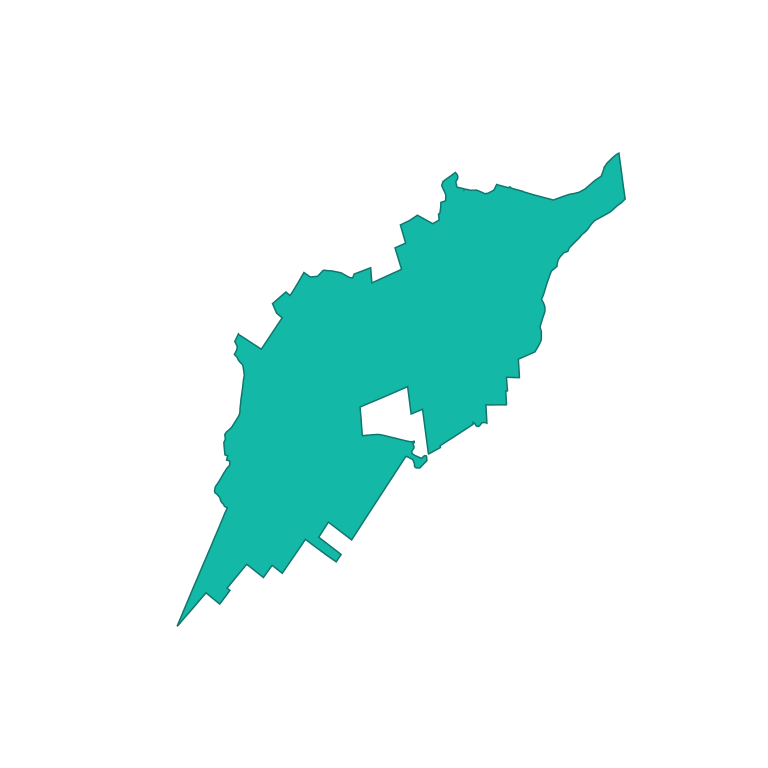 Doba, Satu Mare, Romania (Equal Earth projection), rotated 292°
{"feature_id": "2599482B56088376040975", "entity_name": "Doba", "entity_type": "district", "adm_level": 2, "iso_a3": "ROU", "parent_name": "Romania", "parent_adm1": "Satu Mare", "projection": "equal_earth", "projection_center": [22.698, 47.743], "detail": "fine", "context": "isolated", "style": "filled", "palette": "teal", "viewbox_px": 768, "rotation_deg": 292, "n_neighbors": 0, "source": "geoboundaries", "source_scale": "gbopen_adm2", "svg_char_len": 6093}
<svg xmlns="http://www.w3.org/2000/svg" viewBox="0 0 768 768"><g transform="rotate(292 384 384)"><path d="M151.4,319.8L163.0,323.5L165.4,324.3L159.4,344.7L162.0,345.3L174.0,348.2L170.4,360.6L174.6,361.5L182.0,363.1L195.9,366.2L204.1,368.0L210.5,369.3L208.1,378.2L204.0,394.0L201.2,406.3L209.9,408.1L217.5,380.9L235.1,384.2L231.3,397.9L227.3,412.4L241.8,415.2L256.5,418.0L325.1,431.4L325.2,432.9L325.2,434.7L324.9,436.7L324.8,438.5L324.6,438.9L324.3,439.4L323.2,440.4L322.5,441.2L321.5,441.9L320.9,442.3L320.3,442.6L319.1,443.2L318.8,443.5L318.3,444.9L318.3,445.3L319.4,448.4L319.5,448.6L329.0,452.5L332.8,450.6L333.2,450.1L333.2,449.8L333.1,449.3L332.6,448.3L329.0,446.5L329.1,445.3L329.2,444.4L329.3,441.2L329.3,439.9L329.7,437.5L329.9,436.4L330.2,435.9L331.3,435.4L332.3,435.0L333.2,435.1L334.1,435.4L336.0,435.8L337.9,434.8L339.2,433.2L339.4,433.2L339.7,433.4L339.9,433.5L340.3,433.5L340.6,433.6L340.9,433.9L341.0,434.0L341.3,433.9L341.7,433.7L342.2,433.4L341.4,432.4L340.8,431.3L340.4,430.4L340.0,428.3L339.5,425.5L336.2,402.6L335.7,400.1L335.4,398.7L335.1,397.6L334.3,395.8L333.0,393.1L328.0,383.3L328.1,383.1L328.6,382.9L332.6,381.0L337.2,378.7L342.5,376.1L353.7,370.4L372.0,388.8L390.4,406.9L366.3,420.4L375.0,429.2L335.8,451.4L335.8,451.6L346.2,460.1L347.8,459.2L349.6,460.4L358.2,466.5L365.0,471.3L380.0,481.7L381.7,480.9L381.3,483.0L380.6,483.9L379.9,484.9L379.5,485.9L379.7,486.5L380.0,487.4L380.7,488.0L381.7,488.5L383.6,489.0L384.8,489.4L385.3,490.3L385.9,491.5L386.2,492.8L386.2,494.1L402.8,486.3L405.1,492.0L410.5,505.2L411.1,505.2L423.1,499.5L423.9,501.1L436.1,495.0L438.3,501.1L440.6,507.2L446.4,504.5L457.3,499.3L462.6,504.4L470.3,511.9L475.8,512.8L481.0,513.3L483.3,513.3L485.5,512.7L490.5,510.7L492.0,510.0L494.1,508.2L495.2,507.4L497.6,507.1L504.1,506.5L511.3,506.1L515.4,504.5L517.1,503.2L519.3,501.1L520.6,499.3L521.2,498.6L521.5,498.4L522.0,498.3L522.8,498.4L527.2,498.4L539.5,497.3L543.2,497.2L545.9,497.0L550.9,496.9L551.3,496.9L557.6,500.2L558.2,500.3L558.7,500.1L559.7,499.7L560.2,499.6L564.4,499.0L568.3,499.8L569.0,500.1L569.7,500.4L572.8,501.4L573.6,502.2L575.4,504.3L575.8,504.7L576.4,504.9L577.3,504.8L578.6,504.7L579.2,504.7L579.9,504.9L588.5,508.5L592.6,510.3L594.4,510.9L596.3,511.4L597.8,512.1L599.4,513.1L601.8,514.2L603.5,514.8L606.7,515.6L610.1,516.4L613.8,517.9L614.6,518.3L615.8,519.2L621.2,523.7L626.7,528.1L628.9,529.7L631.1,530.8L634.5,532.4L637.2,533.8L640.5,535.9L642.3,536.8L645.9,538.3L656.7,532.0L668.6,525.3L686.1,515.3L683.4,513.2L682.4,512.7L681.3,512.1L678.9,510.9L672.4,508.1L669.6,507.5L667.6,507.1L667.4,506.9L667.0,507.0L665.6,507.3L663.0,507.4L659.6,507.5L658.5,507.5L657.9,507.5L657.8,507.4L656.8,506.7L651.9,503.4L651.0,502.9L645.7,500.2L640.0,497.3L637.4,495.1L635.5,493.6L634.1,492.2L633.9,491.6L632.1,489.3L629.5,485.1L626.3,481.3L621.6,476.0L618.1,472.2L617.9,471.3L617.6,468.2L617.0,464.2L615.4,451.2L614.5,441.4L614.7,441.1L613.3,429.2L613.4,428.5L613.6,428.0L614.0,427.3L613.3,426.1L612.6,425.8L612.1,422.0L611.8,419.3L611.5,416.7L611.2,413.7L610.3,413.7L608.3,413.5L606.9,413.5L605.5,413.3L604.8,413.0L604.5,412.9L603.5,412.1L602.0,410.8L600.7,409.7L600.1,409.4L599.3,408.3L599.4,408.1L599.3,407.7L599.0,407.4L598.6,407.0L598.3,406.6L598.2,406.1L598.4,403.8L598.4,401.7L598.5,399.4L598.4,397.8L598.4,396.8L597.8,395.9L597.1,394.1L596.3,392.4L595.8,390.8L595.7,389.0L595.5,388.4L595.3,387.0L595.1,386.1L594.7,385.6L594.1,385.5L594.8,385.1L594.9,384.9L594.7,382.9L594.3,380.7L594.0,378.7L593.9,377.9L594.0,377.7L594.5,377.4L595.0,377.1L595.7,376.7L596.3,376.3L596.8,375.9L597.2,375.5L597.8,375.2L598.2,375.0L598.7,374.9L599.3,374.9L599.8,375.0L600.4,375.1L600.9,375.3L601.6,375.3L601.9,375.3L602.6,375.2L603.4,374.9L603.8,374.8L604.1,374.6L604.8,374.1L605.5,373.3L606.1,372.5L606.4,371.9L606.6,371.2L606.8,370.9L601.9,367.9L600.4,366.9L598.8,365.9L597.3,364.9L595.2,363.7L594.2,363.0L594.0,362.9L593.6,362.9L590.1,363.1L589.6,363.2L589.3,363.4L587.7,365.1L586.5,366.3L585.8,366.9L585.3,367.8L584.1,368.9L583.4,369.7L582.1,370.5L580.9,371.1L580.0,371.4L579.0,371.7L578.4,372.0L577.4,372.3L576.8,372.4L576.6,372.2L573.8,368.8L573.6,368.7L572.8,369.0L571.8,369.4L570.3,370.0L569.2,370.3L564.7,371.5L563.7,371.7L563.4,371.7L563.1,371.7L562.1,371.0L561.8,371.0L556.7,373.7L550.9,369.1L552.3,357.6L553.0,351.6L552.3,351.3L545.1,346.4L537.6,339.6L522.7,351.3L521.0,349.6L514.4,343.2L496.9,357.3L489.2,350.0L473.3,335.0L473.5,334.9L473.9,334.5L486.8,328.1L475.1,315.5L475.0,315.4L474.8,315.2L470.5,315.2L469.9,312.2L469.9,311.2L470.9,303.5L470.9,303.2L471.0,303.0L471.0,302.3L470.1,297.5L469.3,293.3L467.8,288.7L467.6,287.7L467.0,285.7L466.4,285.0L465.7,284.6L464.2,284.2L458.9,282.0L458.5,281.4L458.1,280.3L457.6,279.4L455.6,275.6L457.4,268.0L445.9,266.4L434.9,264.6L430.8,263.7L431.5,261.6L432.6,258.6L429.7,257.1L416.7,250.5L414.8,252.5L409.4,257.9L407.2,264.8L404.0,264.1L370.3,257.2L375.5,230.7L375.9,230.3L375.4,230.2L374.5,230.2L372.8,230.1L367.5,229.7L365.4,232.1L363.7,234.0L360.4,234.7L355.3,234.2L353.8,237.7L351.4,240.3L349.9,243.1L348.9,245.7L347.4,246.7L343.2,249.3L339.3,251.4L337.6,251.6L333.1,252.7L330.1,253.6L327.2,254.4L322.2,255.6L320.4,256.1L316.6,257.0L312.6,258.2L312.0,258.4L307.7,259.6L303.7,261.0L301.6,261.3L299.4,261.2L294.9,260.4L291.5,259.8L286.4,258.9L284.8,258.1L282.6,257.0L280.2,255.8L277.5,255.3L273.3,257.6L269.9,257.4L266.1,259.2L261.9,261.4L258.7,263.1L258.9,265.8L254.4,266.6L254.7,268.7L254.6,270.0L253.0,270.6L251.5,271.1L250.4,271.1L246.0,269.6L244.5,269.5L241.8,268.9L238.7,268.5L231.9,267.5L225.9,266.2L224.5,266.2L221.0,267.1L219.8,268.1L219.3,270.1L217.3,274.3L214.4,276.4L213.0,278.6L212.4,280.1L210.8,282.0L210.5,285.1L203.6,284.8L198.3,284.8L191.0,284.7L182.9,284.6L175.8,284.4L169.0,284.4L161.8,284.2L154.9,284.1L147.6,283.9L140.6,283.8L133.4,283.7L126.4,283.5L119.2,283.4L112.0,283.3L105.0,283.2L97.6,283.1L94.2,283.1L81.9,282.9L83.2,283.6L88.6,285.3L95.4,287.6L100.2,289.3L106.3,291.4L123.7,297.2L122.7,300.4L119.9,309.3L118.4,314.1L124.3,315.7L128.1,316.7L134.4,318.4L135.0,318.5L135.9,315.0L140.4,316.4L151.4,319.8Z" fill="#14b8a6" stroke="#0f766e" stroke-width="1.5"/></g></svg>